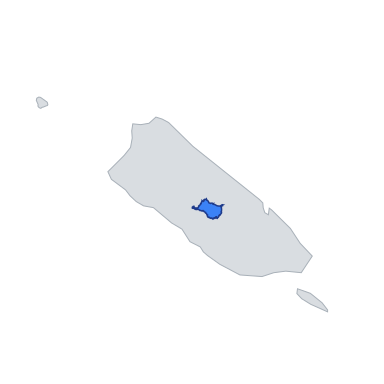 Orocovis, Puerto Rico shown in context, rotated 37°
{"feature_id": "32010507B68011232458605", "entity_name": "Orocovis", "entity_type": "district", "adm_level": 2, "iso_a3": "PRI", "parent_name": "Puerto Rico", "parent_adm1": "", "projection": "orthographic", "projection_center": [-66.447, 18.221], "detail": "fine", "context": "in_parent", "style": "filled", "palette": "blue", "viewbox_px": 384, "rotation_deg": 37, "n_neighbors": 0, "source": "geoboundaries", "source_scale": "gbopen_adm2", "svg_char_len": 4055}
<svg xmlns="http://www.w3.org/2000/svg" viewBox="0 0 384 384"><g transform="rotate(37 192 192)"><path d="M258.4,161.8L262.6,164.7L266.7,164.2L263.4,158.4L266.4,158.4L292.5,161.9L309.3,167.9L326.6,170.8L327.8,190.7L314.5,198.8L305.9,207.2L298.8,217.4L280.2,229.4L257.7,233.0L242.7,233.4L237.1,233.0L231.7,230.9L220.3,232.9L206.4,227.7L194.4,229.0L170.6,227.7L161.7,232.2L153.2,233.2L144.8,232.3L137.7,230.3L120.0,230.4L112.6,226.4L115.8,203.7L116.1,193.4L111.8,184.9L107.1,179.5L103.7,173.2L110.6,169.0L116.3,163.0L118.1,153.9L124.3,151.7L131.6,150.6L165.2,155.0L250.3,157.4L255.1,158.1L258.4,161.8ZM354.6,210.2L343.9,211.2L336.9,210.0L334.5,205.8L347.5,201.7L362.6,202.2L371.3,204.6L372.4,206.1L354.6,210.2ZM20.4,216.4L19.1,216.6L17.8,216.4L17.2,216.0L16.4,214.7L12.5,212.5L11.6,210.5L12.5,208.4L14.1,207.6L22.0,207.4L22.8,207.7L24.4,209.1L24.4,210.1L23.6,211.1L22.2,213.6L21.6,214.2L21.2,214.9L21.0,216.0L20.4,216.4Z" fill="#d9dde1" stroke="#a8b0b8" stroke-width="1"/><path d="M202.0,202.4L201.9,202.6L201.7,202.8L201.8,203.0L201.5,203.5L201.4,203.8L201.7,204.2L201.8,204.6L202.2,204.6L202.3,204.5L202.7,204.4L203.1,203.9L203.3,203.9L203.6,203.8L203.9,203.9L204.1,203.8L204.4,203.9L204.6,203.9L204.9,204.0L204.8,203.9L205.0,203.9L205.2,203.6L205.6,203.6L206.0,203.4L206.2,203.2L206.4,202.8L206.8,202.7L207.1,202.3L207.5,202.1L208.2,202.0L208.3,201.9L208.7,201.9L209.1,201.8L209.3,201.9L209.4,202.0L209.8,201.8L209.9,201.6L210.4,201.4L210.9,201.4L211.2,201.0L211.6,201.0L211.6,200.6L211.9,200.3L212.0,200.2L212.2,200.3L212.6,200.2L212.8,200.1L213.1,200.4L213.6,200.4L214.3,200.2L214.6,200.3L215.0,200.5L215.3,200.6L215.4,200.4L215.5,200.5L216.6,200.6L217.3,200.9L217.5,201.2L218.1,201.3L218.3,201.1L218.5,201.4L218.5,201.7L218.6,201.9L219.0,202.1L219.3,202.1L219.6,202.3L220.0,202.2L220.1,202.4L220.5,202.2L220.9,201.8L221.3,201.8L221.3,202.1L221.7,202.0L222.1,201.9L222.5,201.9L222.6,201.7L222.8,201.6L223.0,201.2L223.4,201.0L223.6,201.1L223.7,200.9L223.9,201.0L224.3,200.9L224.5,201.0L224.8,200.9L225.0,200.7L225.1,200.8L225.3,200.4L225.2,200.0L225.2,199.8L225.1,199.6L225.1,199.3L225.4,199.1L225.7,199.1L226.2,199.2L226.3,198.9L226.2,198.7L226.0,198.3L225.9,197.9L226.0,197.5L226.1,197.4L226.4,197.0L226.8,197.1L227.3,197.8L227.5,198.0L227.8,198.0L228.0,198.0L228.1,197.9L227.9,197.3L228.2,196.4L228.2,196.0L228.0,195.6L228.0,195.3L228.0,194.8L228.1,194.4L227.8,194.4L227.9,194.1L227.7,193.8L227.9,193.3L228.0,193.5L228.3,193.1L228.2,192.9L228.2,192.7L228.2,191.1L228.0,190.7L227.8,190.7L227.3,190.5L227.2,190.4L227.3,190.0L226.7,189.0L226.4,188.5L225.8,187.8L225.3,187.3L225.2,187.0L224.8,186.8L224.6,186.5L224.4,186.3L223.9,186.4L223.8,186.2L223.9,185.7L224.0,185.5L224.2,185.0L224.4,184.9L224.6,184.7L224.4,184.5L224.4,184.1L224.4,183.8L224.5,183.6L223.8,183.9L223.7,184.0L223.6,184.6L223.4,185.0L223.0,186.0L222.9,186.4L222.7,186.5L221.8,187.1L221.7,187.2L220.2,188.0L219.8,188.0L217.8,188.3L217.6,188.3L217.2,188.6L216.6,188.9L216.3,189.0L216.2,189.0L216.1,188.6L216.0,188.8L215.8,188.6L215.6,188.7L215.4,188.8L215.2,188.7L215.1,188.8L214.6,188.9L214.4,189.0L213.9,188.8L214.1,189.0L214.0,189.5L213.7,190.0L213.2,190.0L212.8,190.2L212.4,190.5L211.6,190.3L211.4,190.1L211.2,189.9L210.2,189.5L209.6,189.5L209.3,189.5L208.9,189.4L208.7,189.6L208.3,189.5L208.1,189.2L207.7,188.9L207.7,189.0L207.6,189.5L207.4,189.8L207.0,189.8L206.7,190.0L206.5,190.4L206.2,190.9L206.5,191.2L206.5,191.5L206.8,191.5L206.9,191.8L206.8,192.3L206.7,192.5L206.6,192.8L206.3,192.7L205.7,192.8L205.4,192.8L205.6,193.0L205.4,193.3L205.6,193.9L205.6,194.2L205.8,194.7L205.8,195.0L206.2,195.6L205.9,196.0L206.2,196.2L206.1,196.4L206.2,197.0L206.3,197.2L206.2,197.4L206.0,198.0L205.9,198.2L205.9,198.6L206.0,198.8L205.8,198.9L205.8,199.2L206.1,199.4L206.1,199.9L206.3,200.2L206.3,200.9L206.1,201.2L206.1,201.5L206.2,201.8L206.1,202.0L205.8,201.7L205.4,201.8L205.2,202.1L205.1,202.3L204.8,202.6L204.2,202.7L204.1,203.0L203.9,203.2L203.6,203.4L203.3,203.1L202.9,202.9L202.8,202.7L202.6,202.8L202.1,202.5L202.0,202.4Z" fill="#3b82f6" stroke="#1e3a8a" stroke-width="1.5"/></g></svg>